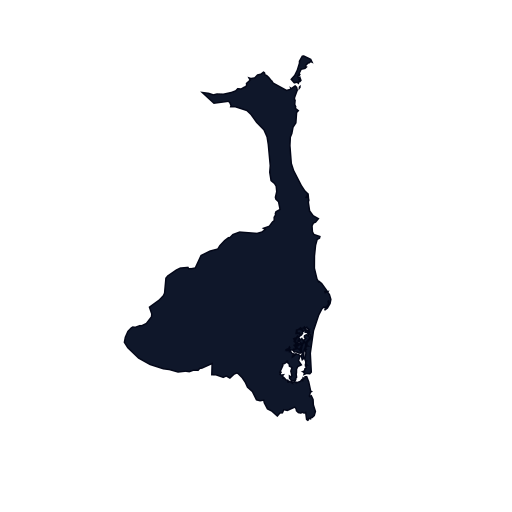 outline of Aklan, Aklan, Philippines, rotated 55°
{"feature_id": "2640588B21218366338371", "entity_name": "Aklan", "entity_type": "district", "adm_level": 2, "iso_a3": "PHL", "parent_name": "Philippines", "parent_adm1": "Aklan", "projection": "mercator", "projection_center": [122.331, 11.655], "detail": "fine", "context": "isolated", "style": "filled", "palette": "ink", "viewbox_px": 512, "rotation_deg": 55, "n_neighbors": 0, "source": "geoboundaries", "source_scale": "gbopen_adm2", "svg_char_len": 6162}
<svg xmlns="http://www.w3.org/2000/svg" viewBox="0 0 512 512"><g transform="rotate(55 256 256)"><path d="M420.5,302.7L420.1,299.8L417.4,296.5L410.8,294.4L406.3,291.6L402.2,290.9L401.9,292.7L401.3,292.6L398.8,289.6L398.9,288.3L398.0,288.7L389.3,285.0L383.9,283.7L382.7,285.6L383.7,284.8L384.0,286.8L382.8,287.3L383.6,288.0L383.5,289.4L383.9,288.4L384.9,289.3L383.7,289.9L384.2,291.5L383.0,295.8L382.4,295.5L381.1,296.7L380.9,298.4L379.9,298.8L380.7,299.1L379.8,299.3L380.3,299.5L377.4,300.9L377.9,301.9L377.4,302.3L375.9,301.3L374.9,302.5L372.8,302.7L371.8,303.9L371.6,302.9L369.5,303.5L369.0,301.8L368.1,303.6L366.7,304.3L365.8,302.8L364.5,303.6L365.4,302.2L364.2,302.0L361.1,296.8L359.7,296.0L360.4,294.6L360.5,292.4L359.7,291.5L360.2,290.4L361.5,291.3L363.6,290.8L365.4,291.8L368.0,290.5L370.3,293.5L374.6,295.2L375.1,296.8L373.5,297.4L375.5,298.7L379.0,297.9L380.4,295.1L380.0,294.3L379.2,294.1L378.6,292.3L375.7,290.8L374.8,291.4L375.5,290.7L375.1,290.0L371.9,287.7L370.5,285.1L371.2,281.3L366.2,281.3L363.2,277.4L361.3,277.5L359.6,279.3L359.7,284.2L358.7,283.4L358.9,281.7L358.1,281.1L356.5,282.4L354.3,282.4L353.8,283.2L353.4,282.3L351.3,284.8L351.4,284.2L350.8,284.5L350.8,285.3L350.0,285.2L350.2,283.5L351.1,283.3L349.7,280.8L350.5,280.8L351.5,282.6L354.1,280.0L353.8,278.9L354.7,276.2L350.9,276.0L350.9,274.5L352.1,273.0L348.0,273.8L347.4,271.9L345.8,273.4L346.7,271.7L346.5,270.7L345.6,271.5L346.0,269.5L345.3,267.9L346.9,267.0L346.6,265.1L344.0,265.4L342.5,267.7L339.8,265.2L340.5,263.6L340.4,260.6L345.0,260.1L345.2,257.6L344.6,257.3L342.0,258.7L342.0,257.1L343.1,257.6L343.5,255.3L344.9,255.7L345.5,254.7L346.7,255.6L347.0,254.6L348.1,256.3L348.5,255.5L349.4,255.9L350.0,258.2L350.9,258.1L351.7,256.7L352.2,257.3L353.5,256.9L355.1,258.7L356.3,263.9L358.5,265.6L359.5,265.1L358.8,266.2L360.8,269.1L361.5,268.7L361.4,269.8L364.0,270.6L368.3,275.1L370.2,275.6L370.9,275.0L370.9,275.8L373.0,277.1L374.2,276.9L373.3,277.8L374.5,278.6L375.3,278.2L376.7,279.6L376.4,280.5L377.9,282.1L377.6,283.8L378.5,283.0L378.5,283.7L379.7,283.4L380.6,284.6L381.1,282.1L383.3,279.5L382.8,277.3L366.8,267.3L350.2,251.8L340.3,238.5L337.0,232.2L336.7,229.7L337.7,229.5L338.0,227.2L336.8,224.2L334.4,222.9L334.4,222.3L338.4,224.8L339.7,231.0L339.6,227.4L337.4,222.6L334.5,219.6L329.7,218.0L326.8,218.1L326.5,217.5L325.7,220.4L324.6,220.0L325.3,217.9L316.2,218.0L313.0,218.9L313.1,219.5L309.9,219.3L299.5,215.2L289.5,208.1L281.3,201.0L277.5,196.4L277.8,193.8L276.7,192.5L271.5,196.3L268.5,195.9L263.4,192.8L261.9,190.1L262.4,187.8L261.2,183.5L255.8,186.1L250.5,186.2L251.1,186.9L242.2,182.4L240.5,181.0L241.2,180.3L240.6,180.8L238.1,179.5L237.7,180.0L237.8,179.3L236.4,178.5L237.3,180.5L236.7,181.4L234.9,177.9L230.4,178.7L224.2,178.5L207.5,176.2L200.4,174.0L185.0,164.9L178.3,159.7L176.2,156.4L171.7,151.8L169.8,147.0L161.7,140.4L161.2,138.0L157.5,139.1L156.6,137.9L154.1,137.4L150.8,134.6L149.7,134.7L148.2,133.4L143.8,127.1L141.1,126.0L139.1,126.4L139.2,130.9L138.5,131.2L139.0,131.3L139.1,132.7L137.9,136.0L124.2,142.8L122.0,142.7L122.0,143.6L121.8,142.9L117.0,143.2L114.2,143.8L112.9,144.8L110.8,144.0L109.7,144.4L109.9,147.6L108.6,150.9L109.4,154.9L107.7,158.4L106.1,159.6L108.6,159.9L109.2,164.8L110.8,165.7L111.7,168.3L111.0,168.5L110.7,172.4L108.5,175.0L109.1,177.8L108.0,182.2L104.8,189.9L100.9,195.1L99.6,198.5L95.6,201.5L91.3,206.2L106.7,202.8L113.4,189.9L115.1,189.4L118.4,190.1L119.2,191.1L121.9,187.3L131.6,180.0L137.0,178.9L146.9,178.8L157.2,177.1L164.8,178.6L171.6,181.9L190.2,192.5L195.3,196.7L202.9,200.4L207.2,199.2L210.4,199.4L215.2,202.1L219.0,206.4L220.8,207.1L224.5,206.4L231.7,209.6L231.2,214.2L232.3,215.8L233.6,216.4L234.7,218.9L237.5,220.8L237.6,223.0L239.3,228.1L237.6,234.0L239.6,233.1L239.8,237.3L238.1,242.2L227.0,255.7L225.2,262.6L226.0,266.8L225.2,268.1L225.4,272.8L226.8,279.6L228.4,283.3L225.6,290.8L224.1,300.7L231.0,312.6L229.4,316.1L227.8,318.5L226.3,318.3L222.5,324.9L221.8,329.3L221.7,339.6L222.5,342.5L234.0,352.2L235.4,354.6L236.6,360.5L236.8,372.6L243.7,374.6L245.9,376.5L248.4,384.5L247.6,389.5L246.4,391.2L245.2,395.8L243.5,397.7L243.4,399.5L244.3,404.1L247.6,409.6L251.2,413.3L257.6,413.6L272.3,410.7L284.1,405.0L295.2,396.6L299.4,392.0L306.3,386.4L309.9,379.8L312.5,377.0L313.6,372.9L316.4,369.0L315.8,366.6L316.8,364.6L318.9,353.6L327.9,360.3L330.4,356.9L336.6,352.4L337.2,349.2L341.0,347.4L340.2,341.7L340.7,339.1L341.9,338.1L347.6,337.1L353.4,337.2L358.6,338.2L365.0,336.7L374.1,338.1L376.9,335.7L378.5,332.3L381.0,333.4L387.8,334.3L392.1,332.0L399.3,330.3L398.3,326.4L399.6,324.3L397.8,321.4L400.5,318.9L402.0,310.9L404.0,310.7L406.0,311.6L408.6,311.1L410.4,309.3L410.5,307.8L412.3,306.6L412.6,305.0L418.9,308.3L420.3,307.8L420.2,307.1L419.3,307.3L419.3,305.8L420.7,304.7L419.8,303.7L420.5,302.7ZM121.4,108.7L123.0,109.8L127.5,115.6L130.3,120.7L131.5,125.8L136.1,125.3L137.2,122.7L138.8,122.2L137.7,120.8L138.3,120.0L138.0,118.9L136.4,119.3L137.3,118.3L135.2,117.7L133.8,119.0L132.4,118.7L132.1,117.7L132.6,117.8L133.2,117.1L132.0,117.1L132.3,116.0L131.1,115.9L128.9,111.9L130.4,108.3L130.1,106.3L129.3,106.8L128.3,105.7L127.7,102.3L128.2,101.9L128.1,99.6L129.3,98.9L126.3,98.4L119.5,102.2L118.9,103.5L121.4,108.7ZM353.8,258.4L349.4,259.9L349.2,262.0L350.1,262.9L352.0,262.5L352.2,265.1L354.6,265.5L354.9,268.3L358.7,272.6L361.6,273.5L363.2,274.7L363.5,276.2L367.5,277.6L367.3,275.9L360.7,270.7L358.1,266.9L355.4,265.0L353.8,258.4ZM358.2,273.9L356.4,274.9L354.7,275.0L355.3,276.3L354.4,279.1L355.0,279.8L356.6,279.8L357.5,278.0L360.9,275.7L360.9,274.6L358.2,273.9ZM355.0,269.8L351.0,271.5L351.0,272.2L352.5,271.6L353.8,272.2L353.6,273.4L351.7,274.9L352.0,275.8L354.7,274.7L355.8,274.8L357.6,273.4L355.0,269.8ZM343.1,260.6L341.2,262.3L340.1,264.8L342.8,266.3L343.7,264.5L346.7,264.0L346.0,262.1L343.1,260.6ZM349.3,267.7L347.3,267.8L346.3,269.3L348.5,272.8L350.8,272.3L351.0,271.4L349.0,270.0L349.3,267.7ZM354.0,266.3L349.9,265.8L350.6,269.8L354.2,268.7L354.0,266.3ZM347.7,256.3L345.8,257.2L346.7,259.3L348.0,258.0L349.1,258.0L347.7,256.3ZM142.4,122.8L142.5,123.4L143.3,124.1L143.0,123.2L142.4,122.8ZM358.7,280.2L358.4,281.0L358.8,281.4L358.9,281.0L358.7,280.2Z" fill="#0f172a" stroke="#020617" stroke-width="1.5"/></g></svg>